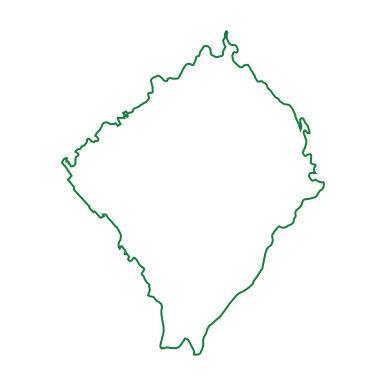 the district of Lapusnicu Mare, Caras-Severin, Romania, rotated 183°
{"feature_id": "2599482B82081926403008", "entity_name": "Lapusnicu Mare", "entity_type": "district", "adm_level": 2, "iso_a3": "ROU", "parent_name": "Romania", "parent_adm1": "Caras-Severin", "projection": "orthographic", "projection_center": [21.88, 44.901], "detail": "fine", "context": "isolated", "style": "outline", "palette": "green", "viewbox_px": 384, "rotation_deg": 183, "n_neighbors": 0, "source": "geoboundaries", "source_scale": "gbopen_adm2", "svg_char_len": 6003}
<svg xmlns="http://www.w3.org/2000/svg" viewBox="0 0 384 384"><g transform="rotate(183 192 192)"><path d="M183.1,337.9L184.9,338.6L186.0,338.6L187.8,338.1L189.5,335.0L191.2,332.4L191.9,328.4L194.5,327.4L195.0,326.5L195.1,324.9L195.5,323.0L196.3,321.8L196.8,320.0L197.4,318.9L198.4,318.8L201.1,319.9L202.8,319.8L203.9,319.2L205.1,318.2L206.0,316.8L207.5,313.9L210.6,306.5L212.1,304.6L216.6,304.1L219.7,304.7L222.2,303.7L222.2,302.7L222.9,301.5L223.9,301.4L224.8,301.7L225.8,302.0L226.7,302.8L228.7,304.8L230.2,305.8L232.3,306.5L233.4,305.6L236.8,304.1L238.3,302.7L238.9,301.5L238.0,298.1L236.9,294.8L236.4,289.8L237.6,288.9L240.1,288.8L240.9,287.8L240.7,286.2L240.0,284.8L239.9,283.2L240.8,281.7L242.9,279.1L243.8,278.8L244.9,278.2L246.3,277.0L248.2,275.9L248.9,275.1L249.4,274.5L253.8,272.5L254.7,271.9L255.6,269.2L257.3,268.0L258.6,268.1L260.2,266.8L261.4,267.9L261.9,269.0L264.8,267.4L264.2,266.4L263.0,265.6L260.2,264.8L260.3,263.8L260.8,263.8L262.9,264.6L263.5,264.4L263.9,263.7L263.5,263.1L263.3,262.4L264.5,262.6L266.4,262.2L268.4,262.1L269.8,262.4L269.9,262.0L269.6,260.6L268.8,259.1L266.9,256.0L269.7,254.2L271.6,256.7L274.0,255.7L276.8,255.4L279.8,257.0L282.0,257.0L283.5,256.5L284.8,255.3L285.6,252.8L287.4,249.0L290.0,246.2L291.5,243.2L289.8,241.9L289.1,241.1L288.1,239.7L288.8,238.2L290.3,237.8L291.6,237.8L292.5,236.6L294.5,237.1L295.7,238.0L297.4,239.7L298.7,239.7L299.6,238.7L299.5,237.1L299.9,236.0L300.5,234.9L301.2,233.8L302.6,232.7L304.6,231.6L305.9,229.2L307.4,228.9L309.0,228.2L310.6,226.1L309.2,225.4L308.6,224.9L307.9,224.6L307.3,223.3L307.9,222.2L309.2,221.2L309.9,220.4L309.9,219.4L310.1,218.2L310.1,217.1L309.8,215.6L310.2,213.4L311.5,211.9L313.1,211.3L314.4,211.3L314.7,211.7L315.2,213.2L315.6,213.6L316.6,213.6L316.8,213.7L316.6,215.4L317.1,215.9L317.7,216.2L318.5,215.7L318.9,215.6L319.3,216.5L319.3,217.3L318.5,219.1L319.0,219.6L321.3,218.4L322.1,217.4L323.3,215.1L323.2,214.2L319.0,209.9L316.2,205.9L313.9,203.1L313.1,201.9L313.6,201.5L314.4,200.2L316.5,197.9L310.1,190.7L309.9,188.0L293.7,172.2L293.7,170.9L289.4,166.7L288.1,167.5L282.0,161.4L278.8,163.1L279.8,164.9L277.2,165.1L276.1,164.3L275.6,163.2L274.2,161.5L270.7,158.1L267.4,154.5L265.2,152.8L262.3,148.4L260.6,144.9L260.9,142.7L260.9,140.4L262.3,138.3L262.7,135.6L262.0,132.7L261.2,131.6L260.6,132.5L260.4,133.9L259.1,134.1L257.6,132.1L255.9,130.4L254.9,128.5L255.4,128.1L255.7,127.7L256.0,127.2L256.1,126.6L254.8,126.5L253.5,126.8L252.8,125.5L252.0,124.9L251.4,124.1L252.0,122.8L252.3,121.3L251.3,120.2L250.1,119.9L249.1,120.2L247.9,121.6L246.9,123.2L245.8,123.0L244.7,122.2L243.7,121.2L240.7,116.6L238.9,115.1L236.4,113.6L235.5,112.1L237.6,108.6L237.9,107.4L237.4,106.6L236.4,105.8L235.5,104.7L234.8,102.7L232.2,99.1L230.1,97.6L229.6,96.8L230.0,95.6L229.3,93.9L228.9,92.2L230.5,86.5L229.2,86.0L227.9,85.6L226.6,85.3L225.2,85.3L221.3,81.2L219.0,80.1L216.8,78.6L215.9,75.3L216.4,71.9L216.2,68.8L214.9,62.5L213.4,56.3L213.0,50.9L215.4,38.3L215.5,35.6L214.3,34.2L213.2,34.9L213.0,34.6L212.7,34.4L211.9,34.3L210.2,35.2L209.4,35.4L208.6,35.5L207.7,35.5L206.2,35.2L202.3,35.1L199.1,35.4L197.3,36.3L195.3,38.6L192.7,42.7L191.4,45.3L188.8,44.7L187.8,43.8L181.6,33.3L181.4,29.7L177.0,30.1L175.4,31.2L173.5,36.1L172.7,39.6L173.2,45.3L173.1,45.5L172.7,47.0L172.1,48.5L171.5,49.9L170.7,51.3L169.4,56.1L167.9,58.9L157.0,69.5L152.9,75.7L149.0,82.0L142.1,91.2L139.5,93.5L134.9,95.9L130.0,99.7L126.6,103.3L125.6,106.5L122.6,110.9L119.0,117.3L117.8,119.0L117.4,122.3L115.4,135.3L114.0,139.5L112.2,141.5L110.1,143.2L108.8,147.1L108.8,148.1L109.0,149.1L109.2,150.0L109.5,151.0L109.6,153.4L107.7,156.9L104.3,161.4L102.8,162.3L100.8,161.2L98.5,161.1L95.9,162.1L94.4,163.4L92.5,164.2L90.8,165.2L89.1,167.1L88.5,170.7L87.2,173.2L87.7,177.0L87.3,178.6L85.6,180.4L83.8,182.1L82.0,184.6L81.2,188.0L80.2,189.9L78.8,190.6L74.9,191.3L73.6,191.6L71.8,192.3L69.9,192.8L68.6,193.4L67.5,194.2L66.7,195.6L66.2,197.1L63.8,200.5L62.3,201.3L61.2,203.0L60.8,205.0L60.7,207.0L61.6,208.7L63.1,208.4L64.7,208.6L67.1,209.6L69.3,210.9L70.6,210.0L72.1,209.6L73.5,210.3L75.8,213.3L76.0,215.0L74.9,217.0L72.4,217.5L71.2,217.2L69.8,217.3L70.6,218.2L71.2,219.2L71.3,219.4L71.5,220.6L71.4,221.6L71.1,222.6L70.7,223.5L70.1,224.3L70.3,225.8L71.8,225.8L73.4,226.2L74.2,226.7L74.7,227.4L74.9,227.7L74.9,229.6L74.9,231.1L74.7,232.7L74.9,234.6L75.7,235.9L77.9,235.6L80.6,233.8L81.4,234.3L82.1,234.9L82.7,235.7L83.1,236.5L83.1,237.9L82.8,239.2L82.7,239.6L81.5,241.9L80.5,246.8L80.4,248.1L80.6,249.7L81.9,252.5L83.0,255.5L83.6,256.5L83.6,257.8L83.3,258.7L82.7,259.4L81.8,259.1L79.8,257.0L77.8,257.0L78.0,259.1L79.6,263.5L82.6,267.2L84.7,271.0L86.4,271.6L87.8,270.0L87.3,267.1L86.4,264.3L86.2,262.9L86.3,262.3L86.5,261.1L86.9,259.9L88.9,265.4L92.3,271.7L93.0,274.4L95.0,278.5L96.3,280.6L98.8,283.6L100.6,284.4L103.2,284.3L104.6,284.7L107.1,286.0L109.2,287.4L109.5,287.9L109.8,288.5L110.7,289.7L111.9,290.3L112.6,290.4L113.8,291.3L116.5,294.2L118.0,296.4L122.0,300.0L122.5,301.8L123.4,303.6L125.8,304.9L126.7,305.2L127.2,305.8L127.9,306.2L128.7,306.4L130.9,305.7L131.5,305.7L132.0,305.8L132.7,306.4L133.2,307.0L135.3,310.0L135.3,311.2L135.8,312.1L136.8,312.6L138.1,315.4L139.1,316.4L141.9,320.9L142.8,322.0L143.7,321.7L146.3,321.4L147.9,319.5L149.1,319.2L150.4,319.3L151.9,320.1L155.9,323.4L157.7,325.4L158.2,326.7L158.5,328.3L158.9,330.2L158.4,331.9L157.8,333.5L157.1,334.0L156.0,333.7L155.0,333.5L153.7,334.7L153.7,336.0L154.3,338.2L155.8,340.4L157.0,341.0L159.7,340.8L161.3,341.4L162.4,342.2L164.1,344.7L165.0,346.6L165.5,348.3L165.5,349.4L165.6,350.4L165.4,351.7L165.0,352.9L165.2,353.7L165.8,354.3L166.3,354.3L167.1,352.5L167.3,351.7L167.3,351.0L167.4,350.6L167.5,349.9L167.3,349.4L166.9,348.8L168.0,346.5L169.0,344.9L168.6,344.1L168.4,343.9L168.2,342.4L167.7,341.2L166.8,339.7L166.3,338.8L167.2,336.5L168.5,333.7L168.6,332.7L168.2,331.8L168.5,330.3L169.4,329.4L170.6,329.0L172.1,328.9L173.0,328.2L174.2,328.0L175.2,328.1L176.4,328.5L180.0,330.2L180.4,331.1L180.8,333.2L181.1,335.4L182.0,337.0L183.1,337.9Z" fill="none" stroke="#15803d" stroke-width="2"/></g></svg>